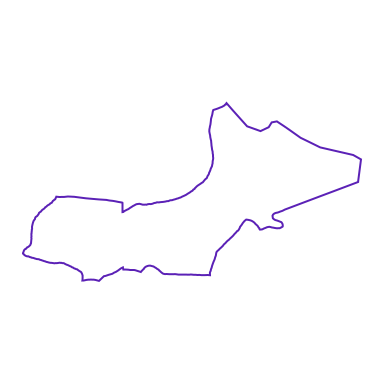 Gossas, Fatick, Senegal (orthographic projection)
{"feature_id": "50182788B90737446104605", "entity_name": "Gossas", "entity_type": "district", "adm_level": 2, "iso_a3": "SEN", "parent_name": "Senegal", "parent_adm1": "Fatick", "projection": "orthographic", "projection_center": [-15.925, 14.558], "detail": "fine", "context": "isolated", "style": "outline", "palette": "violet", "viewbox_px": 384, "rotation_deg": 0, "n_neighbors": 0, "source": "geoboundaries", "source_scale": "gbopen_adm2", "svg_char_len": 5925}
<svg xmlns="http://www.w3.org/2000/svg" viewBox="0 0 384 384"><path d="M56.3,196.7L56.1,197.4L55.6,198.2L55.4,198.8L55.2,199.3L54.5,199.6L53.8,200.3L52.9,200.9L52.2,202.0L51.8,202.7L51.2,203.0L50.2,203.5L49.5,204.4L48.4,204.9L47.1,205.8L46.4,206.6L45.2,207.3L44.6,208.2L43.9,208.8L42.4,209.8L41.5,210.7L41.1,211.4L40.2,212.0L39.1,212.8L38.5,214.3L37.9,215.0L37.3,215.9L35.7,217.0L35.2,217.8L34.9,219.2L34.2,220.0L33.6,220.9L33.3,221.7L32.9,222.9L32.7,223.7L32.5,224.5L32.3,225.4L32.0,226.8L32.1,229.0L31.8,229.6L31.8,230.8L31.6,232.1L31.6,233.2L31.4,233.6L31.4,235.2L31.5,236.4L31.3,237.3L31.5,238.4L31.4,239.1L31.0,243.2L31.0,243.3L30.5,244.2L30.5,244.6L30.2,245.1L29.3,246.0L28.8,246.5L28.4,246.8L27.8,247.1L27.1,247.4L26.7,248.0L26.4,248.2L26.1,248.5L25.7,249.0L25.3,249.0L24.4,249.8L23.9,250.6L23.6,251.7L23.1,252.7L23.0,253.6L23.5,254.0L24.3,254.7L24.5,255.2L25.2,255.5L25.8,255.9L26.6,256.2L27.4,256.4L27.9,256.3L28.6,256.4L29.4,256.9L29.9,257.1L30.8,257.2L31.2,257.5L31.3,257.6L32.3,257.8L33.1,257.9L33.9,258.1L34.5,258.4L35.3,258.6L36.0,258.8L36.4,259.0L37.4,259.1L38.2,259.2L38.8,259.2L40.0,259.8L41.0,260.0L42.3,260.5L43.0,260.7L43.8,261.0L44.4,261.2L45.3,261.4L46.4,261.9L47.5,262.1L48.1,262.3L49.2,262.6L49.8,262.7L51.0,262.9L51.9,262.9L53.2,263.1L54.5,263.3L55.4,263.1L57.2,263.1L58.5,262.9L59.9,262.7L60.6,262.9L61.2,262.8L61.9,263.0L62.3,263.1L62.5,263.1L63.3,263.1L63.8,263.2L64.4,263.5L65.0,263.9L65.8,264.3L66.6,264.7L67.4,264.9L68.3,265.3L69.3,265.8L70.1,266.2L70.8,266.4L71.4,266.8L71.9,267.2L73.1,267.6L73.9,268.2L74.4,268.5L75.3,268.7L76.0,269.1L77.3,269.4L77.8,269.9L78.2,270.2L79.8,271.3L80.5,271.6L81.3,272.3L82.0,273.7L82.6,275.5L82.6,277.5L82.5,279.8L82.5,280.1L82.4,280.5L83.8,280.5L86.5,279.9L88.2,279.7L90.8,279.6L94.0,279.7L95.7,280.0L99.0,280.9L103.9,276.2L105.6,275.9L108.4,274.9L112.3,273.8L112.8,273.5L114.0,272.7L115.9,271.9L118.1,270.5L120.9,268.4L122.9,267.4L123.3,269.5L123.9,269.5L125.3,269.5L128.3,269.7L130.2,270.0L134.1,270.0L135.2,270.2L140.2,271.8L140.8,272.0L140.9,271.8L143.3,269.3L144.0,268.7L144.0,268.4L145.0,267.3L146.0,266.6L147.5,266.0L148.7,265.7L150.1,265.6L152.0,266.1L153.6,266.5L154.6,267.2L155.7,267.8L156.4,268.3L157.0,268.8L157.7,269.2L158.6,269.7L159.1,270.4L160.1,271.2L161.0,272.1L162.4,273.2L163.2,273.7L164.4,274.0L165.0,274.1L166.6,274.0L168.0,274.1L169.7,274.2L170.9,274.2L172.0,274.2L173.8,274.2L174.9,274.1L176.5,274.3L178.5,274.6L180.3,274.6L184.0,274.6L186.4,274.6L187.7,274.7L189.2,274.7L190.9,274.5L193.8,274.8L195.6,274.8L197.7,275.0L199.4,274.9L201.1,275.1L203.2,275.1L205.4,275.1L207.6,275.0L210.0,275.2L209.9,272.7L210.2,271.8L210.7,270.8L211.0,269.2L211.6,267.8L212.1,265.8L212.8,263.8L213.5,261.9L214.6,259.4L215.2,257.2L215.8,255.7L216.0,254.6L216.2,253.2L216.5,252.1L217.4,251.0L218.7,249.9L219.7,248.8L221.4,247.3L223.0,245.7L223.8,244.5L225.5,243.0L226.7,241.6L227.9,240.5L229.0,239.7L229.9,238.7L231.9,236.9L233.3,235.5L234.3,234.2L235.4,233.1L236.1,232.4L236.8,231.5L237.0,231.2L238.1,230.6L238.9,229.5L239.7,228.0L240.1,226.8L241.0,225.7L241.9,224.5L242.6,223.3L243.5,222.2L244.3,221.2L245.3,220.3L246.2,219.6L247.1,219.7L247.9,219.8L248.9,220.0L250.2,220.3L251.6,220.8L252.8,221.5L253.7,222.1L254.7,223.0L255.3,223.8L256.3,224.7L257.2,225.5L258.0,226.4L258.5,227.5L259.3,228.2L259.4,228.9L259.9,229.6L261.2,229.5L262.4,229.3L263.9,228.5L265.5,227.9L266.8,227.3L268.0,227.0L269.3,226.8L270.7,227.1L272.0,227.5L273.0,227.6L274.4,227.9L275.6,228.1L277.1,228.3L278.2,228.2L279.7,228.2L280.7,227.7L281.5,227.3L282.6,226.6L282.8,226.0L282.7,225.1L282.6,224.2L282.1,223.2L281.4,222.2L279.4,221.4L277.3,220.6L275.2,220.0L273.9,219.2L272.9,218.3L272.7,217.1L272.5,215.8L273.0,214.7L273.7,214.0L274.4,213.5L275.5,213.0L276.8,212.7L277.1,212.7L278.7,212.2L280.4,211.5L282.0,211.0L283.3,210.4L284.8,209.6L309.2,200.4L321.4,195.8L333.7,191.2L345.9,186.6L358.1,182.0L358.2,180.9L361.0,159.4L353.2,155.0L345.0,153.1L336.7,151.2L320.2,147.4L313.7,144.2L307.2,141.0L300.6,137.8L295.1,133.9L289.6,130.0L284.1,126.2L277.6,121.9L276.9,121.4L271.7,122.4L268.7,127.2L260.5,131.1L247.1,126.3L240.2,118.6L233.3,110.9L226.5,103.1L226.0,103.8L226.0,104.4L225.0,104.7L224.4,105.5L223.6,105.9L222.8,106.4L221.9,106.9L220.5,107.4L219.5,107.8L218.8,108.1L217.8,108.5L216.7,108.9L215.8,109.2L214.5,109.6L213.3,110.0L212.8,111.5L212.5,113.2L212.3,114.4L211.9,115.9L211.5,117.2L211.0,119.0L210.9,120.6L210.6,123.1L210.4,124.6L209.9,126.6L209.8,127.5L209.4,129.3L209.3,131.4L209.5,132.6L209.8,134.1L210.1,135.3L210.3,137.3L210.8,139.6L211.1,140.6L211.2,142.0L211.4,144.0L211.5,145.5L211.8,147.4L212.1,149.7L212.6,151.6L212.7,153.5L213.0,154.8L213.0,156.5L213.2,158.0L213.1,159.2L212.7,161.1L212.6,162.4L212.6,163.3L212.2,164.8L212.0,166.1L211.4,167.4L210.7,168.8L210.4,170.0L209.9,171.2L209.8,171.6L209.2,172.5L208.9,173.9L208.5,174.7L208.3,175.0L207.7,175.8L207.1,177.2L206.7,178.2L205.7,178.9L204.9,179.7L204.0,180.8L202.8,182.3L201.7,182.9L200.6,183.7L199.4,184.5L198.0,185.4L196.6,186.5L195.7,187.5L194.8,188.3L194.5,189.0L193.4,189.5L192.5,190.7L191.0,191.5L190.2,192.2L188.9,193.0L187.4,193.9L186.3,194.7L184.9,195.4L183.4,196.1L182.2,196.6L180.6,197.5L179.4,197.8L178.0,198.4L177.0,198.6L175.4,199.2L173.5,199.7L172.0,200.2L170.2,200.3L168.4,201.1L167.2,201.1L165.2,201.6L163.2,201.9L159.9,202.2L159.6,202.3L158.9,202.4L157.0,202.3L155.7,202.8L154.2,203.0L153.1,203.5L152.2,203.8L150.9,204.1L149.2,204.0L147.4,204.3L146.7,204.7L145.5,204.6L144.0,204.7L142.8,204.7L141.1,204.2L139.4,203.8L137.8,204.0L136.5,204.2L135.6,204.6L134.4,205.3L133.0,206.0L131.2,207.2L130.0,207.9L128.4,209.1L127.4,209.5L126.4,210.0L125.1,210.7L123.8,211.3L123.5,211.9L123.1,212.0L122.5,212.1L122.5,203.0L122.5,202.9L122.4,202.7L121.8,202.5L118.2,201.9L115.3,201.3L113.0,200.9L109.4,200.5L106.3,199.9L104.7,199.8L98.5,199.4L95.1,199.1L90.4,198.7L85.9,198.3L80.4,197.6L74.2,196.8L67.9,196.5L64.4,196.9L59.2,197.0L56.5,196.7L56.3,196.7Z" fill="none" stroke="#5b21b6" stroke-width="2"/></svg>